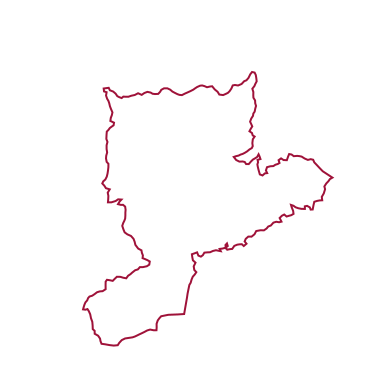 Passos Maia, Santa Catarina, Brazil, rotated 343°
{"feature_id": "56859067B50733681280020", "entity_name": "Passos Maia", "entity_type": "district", "adm_level": 2, "iso_a3": "BRA", "parent_name": "Brazil", "parent_adm1": "Santa Catarina", "projection": "albers", "projection_center": [-51.953, -26.703], "detail": "fine", "context": "isolated", "style": "outline", "palette": "rose", "viewbox_px": 384, "rotation_deg": 343, "n_neighbors": 0, "source": "geoboundaries", "source_scale": "gbopen_adm2", "svg_char_len": 4681}
<svg xmlns="http://www.w3.org/2000/svg" viewBox="0 0 384 384"><g transform="rotate(343 192 192)"><path d="M137.8,67.2L137.3,70.1L139.5,71.6L138.0,74.6L138.1,78.0L138.7,80.4L138.8,82.9L138.6,86.0L138.8,88.9L139.2,92.6L137.8,95.1L136.0,97.4L134.7,100.2L137.7,102.9L136.5,105.3L134.3,106.0L132.1,106.8L130.1,108.3L128.2,109.3L127.0,112.3L125.6,116.2L125.8,119.4L124.0,122.3L122.9,125.9L122.4,129.4L120.6,132.2L119.6,134.7L119.2,138.2L120.3,140.6L119.3,143.8L118.0,146.8L116.6,149.7L115.0,152.4L112.8,154.7L110.2,155.9L108.7,157.6L110.0,160.3L110.8,163.2L114.1,165.4L111.2,168.0L110.9,171.2L109.8,174.3L108.6,177.3L111.8,178.3L114.2,178.3L116.3,178.3L119.2,177.4L122.3,178.6L119.9,180.0L117.7,182.0L120.2,183.5L122.3,184.1L123.8,186.4L123.3,189.6L122.3,192.1L121.4,195.0L120.3,197.9L118.9,199.7L117.2,201.5L115.4,204.0L115.5,208.0L115.8,210.9L117.8,213.6L120.8,216.2L122.4,219.7L122.6,222.8L122.4,226.0L124.0,230.4L126.6,233.0L126.3,235.5L126.5,238.3L125.4,240.8L127.3,242.3L129.4,244.1L131.3,246.1L129.9,249.0L127.1,249.8L123.2,249.5L120.2,248.6L117.6,250.2L114.8,250.2L111.2,251.6L109.1,252.6L106.4,253.4L103.9,255.3L101.2,253.9L98.7,252.2L95.4,251.1L92.8,252.4L90.2,253.8L87.7,252.4L85.0,251.1L83.2,252.5L82.1,255.9L81.0,259.7L77.5,260.7L74.8,260.1L71.9,260.1L68.9,261.2L66.3,262.0L63.4,262.0L61.6,263.1L60.1,265.0L57.8,266.4L56.2,268.3L54.7,270.5L53.5,272.4L55.7,273.4L57.8,273.4L58.5,275.9L58.9,279.2L58.5,283.1L58.7,287.0L57.9,290.8L57.0,294.1L58.3,296.3L57.5,299.1L60.2,302.0L61.2,305.3L60.9,307.8L61.1,310.7L64.5,312.3L68.4,314.3L72.3,316.0L76.2,316.8L78.3,315.0L81.5,313.1L85.2,312.5L90.6,313.3L92.7,313.6L95.2,313.5L97.9,313.1L100.3,312.7L102.6,312.4L105.7,311.9L108.6,311.3L111.7,311.3L115.1,313.1L117.6,313.8L118.6,311.2L119.6,307.7L121.7,304.8L124.0,303.1L126.2,301.8L133.4,302.5L142.5,304.9L148.8,306.4L156.3,291.6L158.0,288.0L160.0,284.3L162.3,280.1L164.2,278.4L166.0,275.6L168.0,273.2L170.5,271.7L172.7,269.9L171.4,267.2L171.9,263.6L174.7,260.6L172.9,257.6L173.2,254.6L173.7,251.5L176.5,251.4L179.2,251.2L179.5,254.7L181.6,256.4L183.9,255.6L186.1,253.6L189.0,254.2L191.7,254.9L194.8,254.5L197.9,254.7L200.3,256.0L202.2,257.0L201.8,254.5L204.6,255.0L208.0,255.1L208.8,257.5L211.4,257.7L213.8,258.2L216.7,255.9L219.8,255.6L221.9,255.9L224.4,256.5L225.7,258.8L229.0,257.4L227.9,254.7L229.7,252.5L232.8,251.1L235.9,252.1L239.4,250.7L242.0,248.1L246.3,248.6L249.6,249.7L252.7,248.7L254.8,247.3L257.6,247.1L260.9,245.1L263.9,245.1L266.5,246.4L268.9,246.5L268.2,242.5L271.0,241.0L273.6,240.5L275.3,243.1L277.6,243.1L280.1,243.2L282.7,242.6L283.2,239.6L282.9,236.2L282.9,233.3L285.0,234.8L286.6,236.9L288.9,238.6L291.7,240.1L295.0,241.2L295.7,238.7L298.0,238.9L300.2,241.2L300.3,243.5L302.3,244.0L304.3,240.2L306.1,237.1L309.1,237.1L311.7,237.4L314.1,238.0L314.7,234.6L317.6,231.9L320.1,228.2L320.2,225.4L322.9,223.1L325.7,221.5L327.6,220.0L330.5,219.3L323.1,210.4L321.1,206.5L319.2,202.6L317.6,199.4L317.3,196.6L315.1,195.3L312.2,195.2L309.5,192.9L307.2,190.2L305.2,189.1L303.1,188.2L299.8,187.5L298.2,185.3L296.0,184.1L294.2,186.3L292.0,189.3L288.9,188.2L287.0,185.9L284.1,186.9L284.2,189.8L282.2,190.3L279.7,190.3L277.4,191.0L274.4,190.3L271.0,190.2L269.0,193.0L269.4,195.9L267.1,195.5L264.3,196.8L262.0,195.0L262.1,190.4L262.3,187.1L262.6,184.7L263.9,182.8L264.1,180.4L267.1,180.5L267.0,177.7L266.7,175.4L264.6,177.5L262.3,178.2L259.7,178.8L257.1,180.2L254.4,181.9L251.9,181.1L251.2,178.7L249.3,177.6L246.2,176.8L243.6,174.3L242.2,170.7L244.6,170.6L247.2,170.8L249.4,170.4L251.5,170.4L253.8,170.0L256.5,169.3L259.4,168.1L262.0,167.5L263.5,165.9L264.0,162.9L265.6,159.3L268.1,157.3L266.6,155.6L266.6,153.1L264.7,150.7L266.8,148.6L268.8,146.9L268.5,144.3L268.1,141.8L270.1,139.1L272.6,137.0L273.6,134.9L275.4,133.5L276.9,130.7L278.4,128.4L278.4,125.6L279.1,122.9L278.3,119.8L278.9,117.4L279.9,114.3L279.9,110.9L282.7,108.9L284.1,107.2L286.2,105.1L286.8,101.8L287.2,98.8L286.8,96.1L284.5,94.8L282.1,96.5L279.4,99.4L276.7,101.1L274.3,101.3L271.0,103.2L267.2,103.6L264.3,102.2L262.1,102.0L259.9,104.6L257.4,106.6L255.3,107.7L252.8,108.1L250.1,108.4L246.6,106.8L245.8,103.7L243.7,100.5L242.2,96.8L240.1,96.4L237.0,96.2L234.9,94.4L232.9,93.1L230.9,92.7L227.6,93.1L225.2,93.8L223.2,94.5L219.8,95.1L216.7,95.5L214.1,95.8L210.7,96.4L208.3,95.4L206.6,94.1L204.6,92.2L202.6,90.2L201.1,87.8L198.8,85.7L195.5,84.7L192.5,85.3L190.9,86.8L188.4,88.3L185.2,87.5L183.0,86.5L181.5,84.8L178.6,83.2L175.4,83.4L172.3,84.4L169.3,81.8L165.6,82.5L162.2,82.2L158.9,82.3L156.1,81.4L154.2,80.7L152.2,81.6L150.1,80.0L148.6,78.5L147.7,75.6L146.0,72.9L143.2,70.7L142.8,68.0L137.8,67.2ZM208.0,255.1L208.5,252.5L210.4,251.4L210.4,254.1L208.0,255.1Z" fill="none" stroke="#9f1239" stroke-width="2"/></g></svg>